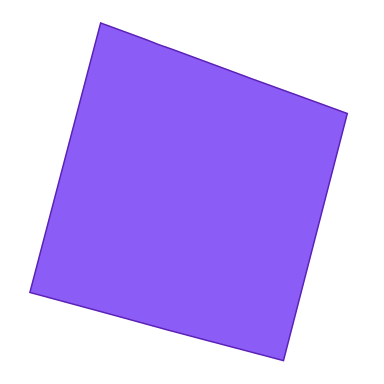 outline of Noxubee, Mississippi, United States of America, rotated 285°
{"feature_id": "52423323B86616716880286", "entity_name": "Noxubee", "entity_type": "district", "adm_level": 2, "iso_a3": "USA", "parent_name": "United States of America", "parent_adm1": "Mississippi", "projection": "equal_earth", "projection_center": [-88.56, 33.107], "detail": "fine", "context": "isolated", "style": "filled", "palette": "violet", "viewbox_px": 384, "rotation_deg": 285, "n_neighbors": 0, "source": "geoboundaries", "source_scale": "gbopen_adm2", "svg_char_len": 352}
<svg xmlns="http://www.w3.org/2000/svg" viewBox="0 0 384 384"><g transform="rotate(285 192 192)"><path d="M53.0,61.4L52.8,143.6L52.4,205.0L52.5,244.6L52.8,323.0L52.8,324.0L308.0,321.7L312.0,276.4L317.1,217.2L317.2,216.7L324.7,135.9L325.7,121.9L327.2,109.1L331.6,60.0L131.8,61.0L53.0,61.4Z" fill="#8b5cf6" stroke="#5b21b6" stroke-width="1.5"/></g></svg>